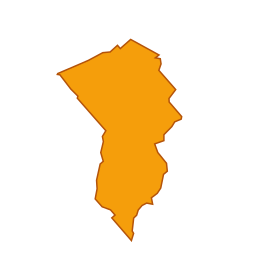 Iberville, Louisiana, United States of America, rotated 229°
{"feature_id": "52423323B92446440923992", "entity_name": "Iberville", "entity_type": "district", "adm_level": 2, "iso_a3": "USA", "parent_name": "United States of America", "parent_adm1": "Louisiana", "projection": "robinson", "projection_center": [-91.395, 30.261], "detail": "fine", "context": "isolated", "style": "filled", "palette": "amber", "viewbox_px": 256, "rotation_deg": 229, "n_neighbors": 0, "source": "geoboundaries", "source_scale": "gbopen_adm2", "svg_char_len": 844}
<svg xmlns="http://www.w3.org/2000/svg" viewBox="0 0 256 256"><g transform="rotate(229 128 128)"><path d="M40.8,56.7L44.8,63.1L47.5,63.6L56.3,73.2L56.5,77.3L59.4,81.9L60.3,87.8L59.1,92.8L54.3,96.6L60.0,99.9L59.5,107.2L61.2,113.3L69.7,124.4L69.6,129.3L76.1,133.9L90.0,134.4L98.5,137.7L94.9,146.8L99.4,150.7L100.3,162.0L102.0,167.3L99.8,174.0L101.4,176.0L120.6,176.1L123.4,178.3L125.7,189.2L151.3,189.1L154.7,195.0L159.1,197.8L163.0,194.7L162.8,199.3L193.1,188.1L193.0,174.3L197.3,174.3L197.1,164.4L201.4,158.4L205.0,142.6L208.7,130.9L215.2,110.7L214.8,109.8L212.8,111.5L194.9,110.4L184.9,111.1L183.8,109.3L155.5,109.4L140.5,109.5L138.4,103.1L136.8,102.2L133.9,100.5L127.3,91.3L119.1,87.5L119.1,83.4L109.2,70.0L102.4,64.8L96.0,56.7L85.5,56.8L77.7,61.1L70.8,61.1L70.8,56.8L40.8,56.7Z" fill="#f59e0b" stroke="#b45309" stroke-width="1.5"/></g></svg>